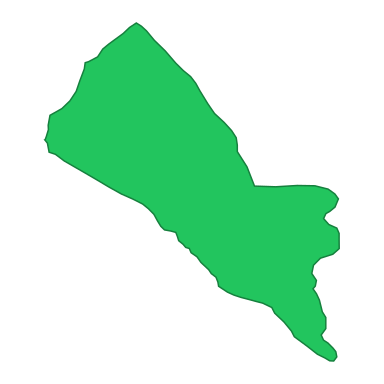 Malung-Sälen, Dalarna, Sweden
{"feature_id": "70781695B21384318328317", "entity_name": "Malung-Sälen", "entity_type": "district", "adm_level": 2, "iso_a3": "SWE", "parent_name": "Sweden", "parent_adm1": "Dalarna", "projection": "equal_earth", "projection_center": [13.492, 60.851], "detail": "fine", "context": "isolated", "style": "filled", "palette": "green", "viewbox_px": 384, "rotation_deg": 0, "n_neighbors": 0, "source": "geoboundaries", "source_scale": "gbopen_adm2", "svg_char_len": 1556}
<svg xmlns="http://www.w3.org/2000/svg" viewBox="0 0 384 384"><path d="M328.3,343.3L323.5,340.1L321.2,335.0L325.8,328.6L325.8,317.5L322.3,311.8L319.4,300.1L316.5,293.8L313.0,288.8L315.3,286.1L316.4,280.4L311.8,273.5L313.5,265.2L320.4,258.2L332.9,254.2L339.2,248.6L339.1,239.7L339.1,234.3L339.1,233.4L336.8,228.1L328.8,224.5L323.6,218.6L325.9,213.6L329.9,211.3L335.0,207.1L338.4,198.9L334.9,194.0L328.1,189.1L314.9,185.8L297.2,185.5L275.6,186.8L254.5,186.1L247.0,166.9L237.3,151.6L237.3,145.2L237.2,144.5L236.2,137.7L231.6,130.6L224.2,122.5L214.5,113.5L207.7,103.6L199.8,90.7L195.8,83.4L190.7,76.7L183.3,70.6L175.9,63.3L165.2,50.9L154.4,40.4L146.5,30.9L141.4,26.2L136.3,23.0L129.5,27.5L123.2,33.5L109.0,43.9L102.8,49.0L97.6,56.9L88.5,61.7L85.2,62.7L84.3,69.0L79.8,80.9L76.2,91.4L69.9,100.9L61.9,108.6L50.0,115.3L48.2,125.2L48.4,129.7L46.3,136.6L45.1,139.8L44.8,139.9L47.4,143.1L49.1,152.2L55.4,154.3L64.3,161.0L77.0,168.3L95.6,179.1L108.7,186.9L121.4,194.0L132.7,199.0L142.6,204.0L148.4,208.7L153.9,214.3L157.5,220.9L160.8,226.3L164.5,229.9L170.7,231.0L175.8,232.4L177.3,236.2L178.7,240.7L183.1,244.3L185.7,247.4L189.3,248.5L191.1,252.7L197.0,256.8L201.0,262.5L208.7,269.7L211.3,273.6L216.0,277.2L217.9,282.1L218.6,286.3L227.4,292.1L234.0,295.1L241.0,297.4L247.9,299.2L253.1,300.6L256.3,301.5L262.6,303.1L271.8,307.5L274.7,313.2L283.9,321.9L291.4,331.0L294.3,336.7L307.3,346.3L317.5,354.3L324.8,357.9L329.7,360.8L331.6,360.9L333.7,361.0L336.8,356.9L335.8,351.7L333.0,348.1L328.3,343.4L328.3,343.3Z" fill="#22c55e" stroke="#15803d" stroke-width="1.5"/></svg>